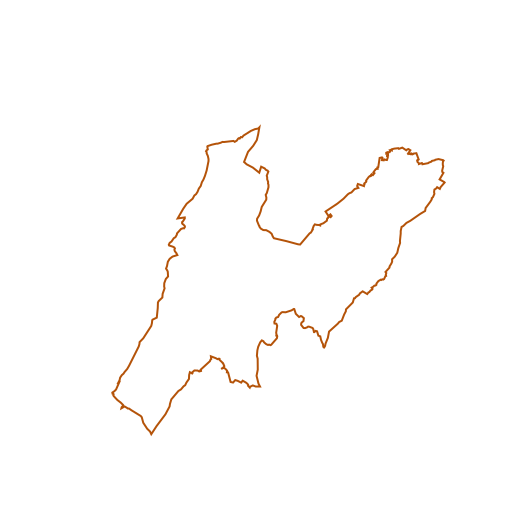 the district of Breznita-Motru, Mehedinti, Romania, rotated 317°
{"feature_id": "2599482B41695775774863", "entity_name": "Breznita-Motru", "entity_type": "district", "adm_level": 2, "iso_a3": "ROU", "parent_name": "Romania", "parent_adm1": "Mehedinti", "projection": "albers", "projection_center": [23.242, 44.564], "detail": "fine", "context": "isolated", "style": "outline", "palette": "amber", "viewbox_px": 512, "rotation_deg": 317, "n_neighbors": 0, "source": "geoboundaries", "source_scale": "gbopen_adm2", "svg_char_len": 6127}
<svg xmlns="http://www.w3.org/2000/svg" viewBox="0 0 512 512"><g transform="rotate(317 256 256)"><path d="M444.1,330.3L442.5,325.2L449.8,323.0L449.6,321.5L450.4,320.5L454.2,318.0L454.6,317.0L455.6,315.8L457.1,314.5L458.3,314.2L458.2,313.5L455.6,309.6L452.8,307.9L452.0,307.9L449.5,306.4L448.6,306.6L446.2,305.6L445.2,305.5L440.3,302.4L440.8,301.4L440.6,301.1L438.0,299.9L438.5,299.5L438.2,297.7L438.8,296.3L439.4,296.4L439.7,295.9L440.8,296.3L443.4,290.2L441.0,288.5L440.4,288.6L439.8,288.4L439.7,287.6L438.7,287.4L438.5,286.9L438.9,286.5L437.9,286.1L437.8,285.4L436.1,285.0L441.0,283.9L440.4,281.7L439.3,281.2L438.0,281.2L436.9,276.5L433.6,275.1L433.6,274.2L430.4,271.8L428.2,270.6L427.4,271.4L427.0,270.3L426.1,269.9L426.0,270.8L424.5,271.2L423.0,269.7L421.7,269.3L421.0,270.1L421.8,270.8L422.1,271.4L421.1,272.6L420.2,272.1L419.9,272.4L420.2,273.0L419.6,273.8L417.2,275.1L416.7,274.6L415.7,272.8L414.7,273.2L413.5,271.8L415.5,270.3L415.4,269.8L413.3,268.6L406.0,274.4L405.1,274.0L404.5,275.2L402.9,274.2L400.3,274.6L398.9,274.9L399.1,276.2L396.7,276.6L396.5,276.2L396.5,275.1L395.5,275.1L394.9,275.9L394.2,275.7L394.2,275.3L393.7,275.1L392.2,275.1L388.0,275.9L387.4,276.8L386.7,276.9L384.6,276.8L384.0,277.8L383.1,277.8L382.6,278.4L379.6,272.8L377.7,273.8L377.3,276.0L373.8,274.3L369.1,274.6L367.2,273.8L365.3,273.5L359.1,273.8L351.3,273.2L337.2,270.9L336.3,276.3L338.8,276.3L338.6,278.3L337.0,278.5L336.1,276.4L334.5,277.3L333.7,277.1L331.9,278.5L327.6,278.0L324.7,276.8L323.8,277.5L323.3,276.4L321.6,274.6L320.6,273.0L318.6,273.4L315.3,275.1L315.4,275.4L312.1,276.3L310.7,276.0L296.1,277.7L294.8,276.2L288.4,265.9L281.2,255.2L281.6,253.1L282.6,250.4L282.3,247.6L281.1,244.1L279.0,242.0L278.2,239.2L278.5,236.8L278.9,236.4L279.0,235.5L280.8,230.8L282.2,229.5L285.9,228.5L289.7,226.6L293.7,224.0L301.9,221.8L303.4,220.4L304.8,217.9L306.9,217.3L311.9,214.3L313.0,213.2L313.9,212.1L314.1,211.3L315.4,210.1L316.5,207.5L317.9,206.0L318.6,204.6L322.6,202.7L322.7,201.3L322.2,200.5L322.0,199.4L322.1,197.9L320.7,194.2L315.2,197.3L314.0,189.2L311.7,182.6L311.4,179.1L321.2,174.4L329.1,173.5L335.6,171.8L340.4,168.6L346.2,164.2L344.6,164.3L341.7,162.5L337.5,161.0L329.0,159.4L326.8,159.7L326.1,158.7L324.2,159.0L324.0,158.2L323.0,158.0L320.6,158.5L318.3,158.0L318.0,156.5L310.3,150.8L309.3,149.7L307.4,149.1L304.6,147.7L303.6,146.8L299.5,144.4L295.5,142.6L295.0,142.8L293.4,145.2L292.0,145.0L290.9,145.3L290.8,146.3L289.9,147.3L289.0,150.0L287.4,152.7L286.0,154.2L278.2,159.8L273.3,162.6L269.6,164.3L266.8,165.1L263.3,167.1L260.2,167.7L257.0,169.2L254.3,169.9L252.2,169.7L248.7,170.9L240.9,170.5L235.1,171.8L224.3,175.1L230.2,179.2L229.5,180.0L225.8,180.9L225.1,180.8L224.3,181.6L224.1,182.7L224.4,183.5L224.3,185.7L223.8,186.3L222.2,186.7L221.7,186.0L219.6,185.1L213.6,185.6L212.7,186.4L209.9,187.3L208.0,186.9L204.0,187.8L201.9,187.5L199.9,188.3L199.6,189.0L201.5,192.4L202.1,194.1L201.8,195.2L200.8,195.6L200.3,196.3L199.9,197.2L199.7,199.6L199.1,201.7L194.8,199.6L193.7,199.4L190.9,199.2L187.6,200.1L184.0,202.7L181.6,203.9L181.2,206.2L180.7,207.4L177.7,211.0L174.4,211.3L170.4,213.3L168.0,215.7L167.1,217.3L161.9,220.0L159.2,222.5L154.1,222.6L152.6,223.1L148.6,227.1L141.4,233.4L136.9,232.0L136.3,232.2L134.0,234.2L131.7,235.7L117.4,239.3L112.1,239.6L110.7,240.9L108.5,242.2L88.3,249.7L84.7,250.8L80.8,251.2L78.8,251.7L76.6,251.6L73.7,252.3L71.5,253.8L69.0,254.7L69.8,255.1L62.6,258.2L60.2,258.3L57.8,257.9L57.2,258.8L57.7,259.4L57.6,260.0L56.7,260.5L56.4,261.4L56.4,266.7L57.1,271.1L57.2,274.4L56.8,274.8L54.6,275.0L53.7,275.6L57.3,276.4L58.1,279.2L58.2,280.1L59.1,281.0L59.7,283.9L62.6,294.4L62.5,296.0L59.8,301.1L58.6,308.1L58.8,312.1L57.9,314.9L67.2,312.6L81.8,310.0L90.2,307.1L92.2,305.5L96.3,303.1L107.2,301.8L110.2,302.4L114.2,301.9L116.1,302.2L118.8,301.1L123.1,300.2L126.0,297.4L128.4,295.9L129.2,298.4L129.7,298.3L129.9,297.6L132.9,297.7L135.2,300.0L135.7,301.7L137.4,302.6L137.9,301.9L137.7,301.5L138.1,301.4L150.5,301.5L152.2,300.7L153.0,300.8L154.6,298.6L156.9,303.3L157.5,305.2L158.9,305.8L159.2,306.3L158.5,307.1L158.8,311.7L158.5,311.9L158.5,313.1L158.0,313.9L157.9,314.6L157.5,315.1L155.6,315.2L153.5,314.8L156.1,315.8L156.5,316.4L156.7,318.4L156.6,320.2L155.4,321.2L156.2,322.1L151.5,330.8L152.9,332.9L156.2,332.6L157.5,334.9L158.8,338.5L161.2,338.1L162.3,341.6L162.5,343.1L162.5,344.6L162.1,345.4L161.7,345.5L161.7,348.0L162.5,347.6L165.4,348.5L166.8,351.3L169.9,354.2L170.8,351.0L174.7,344.0L179.8,340.3L187.2,332.2L188.6,329.6L192.7,325.9L195.7,323.9L200.2,322.0L202.7,321.7L203.3,323.4L203.0,324.6L203.3,327.2L203.9,328.9L204.3,329.4L205.1,329.7L205.8,331.1L206.6,331.3L215.2,330.4L216.8,329.2L217.1,328.6L216.6,328.0L217.5,327.3L218.4,325.9L223.9,321.5L224.7,319.4L223.5,318.0L224.4,316.7L226.8,315.7L227.5,315.0L229.0,314.9L230.6,315.7L232.8,314.8L236.2,314.7L237.1,315.1L239.3,317.4L244.9,320.0L247.5,320.5L247.8,320.9L245.7,325.4L245.9,330.0L247.9,330.5L248.3,331.4L248.6,334.1L246.3,336.0L243.9,335.8L242.6,336.5L242.0,337.3L241.7,341.1L242.7,342.2L244.6,343.0L246.0,343.2L246.7,344.0L248.3,347.2L248.0,348.6L246.5,351.2L246.8,351.5L248.5,351.4L249.3,352.7L247.3,356.8L248.2,358.6L246.4,361.6L245.3,364.4L244.9,366.1L243.4,368.2L243.2,369.0L243.4,369.4L245.2,368.9L247.1,367.5L252.7,364.9L257.9,361.1L269.7,361.3L271.8,361.0L274.6,361.8L280.6,358.9L284.0,357.7L285.4,356.4L295.1,356.0L298.8,353.8L299.6,354.4L300.9,354.1L305.0,354.7L306.5,354.2L309.9,354.6L311.4,359.7L313.5,359.3L314.2,359.7L316.4,359.3L317.1,359.7L318.5,359.7L318.8,359.5L319.0,358.0L320.4,358.4L322.4,358.4L323.3,359.1L324.3,359.2L325.3,358.3L328.4,357.8L331.1,358.4L331.3,359.0L332.5,359.2L332.9,360.0L334.0,360.2L336.8,359.0L337.6,359.3L338.3,358.1L339.7,357.3L339.8,356.0L345.7,355.5L346.6,354.7L349.9,353.8L351.7,353.0L353.3,351.2L357.0,351.1L361.5,350.0L365.6,347.2L370.3,344.7L371.5,343.2L377.1,338.3L378.9,336.4L382.3,334.0L384.2,334.5L388.6,334.4L392.9,335.5L404.8,337.2L410.4,338.4L412.8,336.6L420.4,335.2L422.6,334.6L423.5,334.2L423.9,333.6L425.6,333.6L428.9,332.2L429.8,330.7L431.8,329.1L433.9,329.5L435.4,329.2L436.2,332.3L438.1,331.5L444.1,330.9L444.1,330.3Z" fill="none" stroke="#b45309" stroke-width="2"/></g></svg>